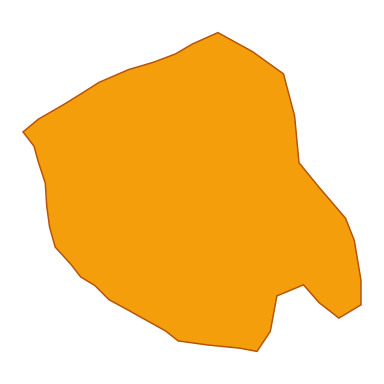 Agios Chariton, Cyprus
{"feature_id": "46923920B730618297548", "entity_name": "Agios Chariton", "entity_type": "district", "adm_level": 2, "iso_a3": "CYP", "parent_name": "Cyprus", "parent_adm1": "", "projection": "orthographic", "projection_center": [33.6, 35.299], "detail": "fine", "context": "isolated", "style": "filled", "palette": "amber", "viewbox_px": 384, "rotation_deg": 0, "n_neighbors": 0, "source": "geoboundaries", "source_scale": "gbopen_adm2", "svg_char_len": 612}
<svg xmlns="http://www.w3.org/2000/svg" viewBox="0 0 384 384"><path d="M23.0,131.9L34.0,146.2L38.3,161.9L45.3,183.2L46.7,205.9L49.6,227.2L55.2,247.1L70.8,264.2L80.7,277.0L94.8,285.5L109.0,299.7L127.4,309.7L140.1,316.8L165.6,331.0L178.3,341.0L209.5,345.2L239.2,348.1L257.0,351.4L270.3,331.4L276.9,295.9L303.5,284.8L319.0,302.6L338.9,318.1L361.0,304.8L361.0,280.4L354.3,240.4L345.5,218.2L318.9,187.1L299.0,162.7L294.6,116.0L283.5,73.9L252.6,51.7L217.9,32.6L192.5,43.9L175.5,53.9L152.9,62.4L128.8,69.5L99.1,82.3L83.5,92.2L65.2,103.6L38.3,119.2L23.0,131.9Z" fill="#f59e0b" stroke="#b45309" stroke-width="1.5"/></svg>